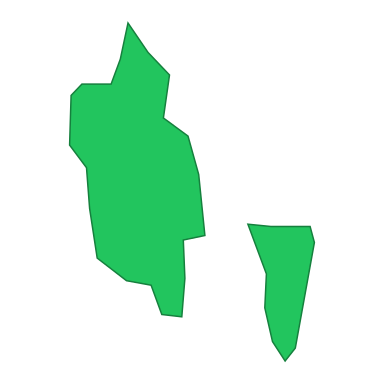 outline of Triesenberg
{"feature_id": "LIE-4892", "entity_name": "Triesenberg", "entity_type": "state/province", "adm_level": 1, "iso_a3": "LIE", "parent_name": "Liechtenstein", "parent_adm1": "", "projection": "mercator", "projection_center": [9.569, 47.119], "detail": "fine", "context": "isolated", "style": "filled", "palette": "green", "viewbox_px": 384, "rotation_deg": 0, "n_neighbors": 0, "source": "natural_earth", "source_scale": "10m", "svg_char_len": 504}
<svg xmlns="http://www.w3.org/2000/svg" viewBox="0 0 384 384"><path d="M161.8,314.5L151.1,285.2L126.5,280.7L97.2,258.1L89.6,208.4L86.5,167.7L69.6,145.1L71.1,95.4L81.9,84.1L111.1,84.1L120.3,59.2L128.0,23.0L148.0,52.4L169.5,75.0L163.4,118.0L188.0,136.1L198.7,174.5L204.9,235.5L183.3,240.0L184.9,278.4L181.8,316.8L161.8,314.5ZM310.1,226.5L314.4,242.5L295.3,348.1L285.1,361.0L272.5,341.6L264.8,307.8L266.4,273.9L247.9,224.2L271.0,226.5L310.1,226.5Z" fill="#22c55e" stroke="#15803d" stroke-width="1.5"/></svg>